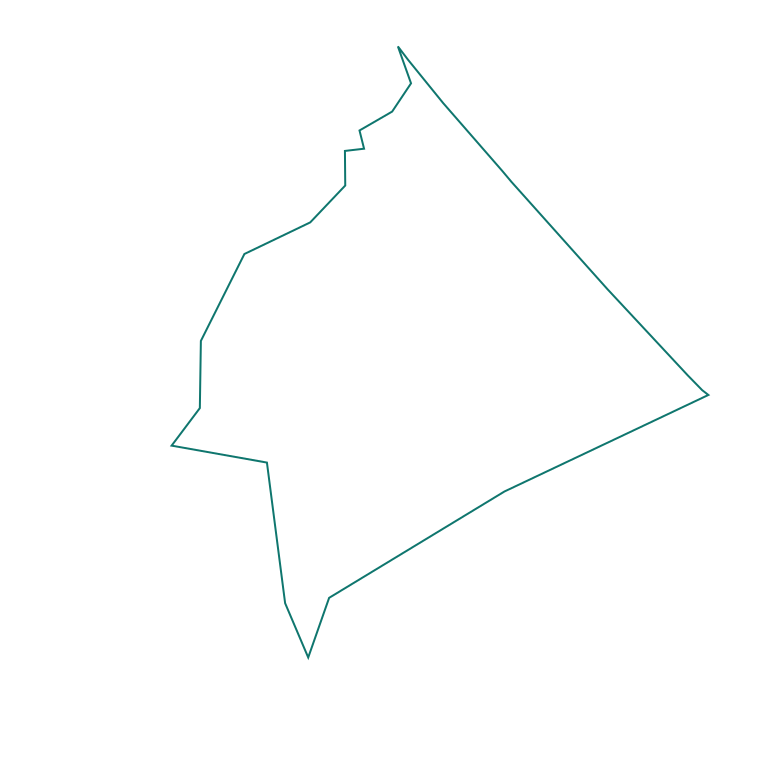 the district of Clinton, Kentucky, United States of America, rotated 226°
{"feature_id": "52423323B366346892097", "entity_name": "Clinton", "entity_type": "district", "adm_level": 2, "iso_a3": "USA", "parent_name": "United States of America", "parent_adm1": "Kentucky", "projection": "albers", "projection_center": [-85.096, 36.751], "detail": "fine", "context": "isolated", "style": "outline", "palette": "teal", "viewbox_px": 768, "rotation_deg": 226, "n_neighbors": 0, "source": "geoboundaries", "source_scale": "gbopen_adm2", "svg_char_len": 478}
<svg xmlns="http://www.w3.org/2000/svg" viewBox="0 0 768 768"><g transform="rotate(226 384 384)"><path d="M487.2,188.4L408.8,245.2L295.0,160.6L239.9,139.5L268.3,196.0L223.0,396.0L150.8,609.7L158.5,608.6L179.3,608.5L296.9,610.6L441.1,616.1L455.2,617.1L545.0,621.7L600.4,626.5L617.2,628.5L581.5,612.3L574.3,579.1L583.4,542.5L567.1,533.1L578.8,517.8L553.7,494.0L551.5,443.2L574.5,373.9L542.2,282.2L494.6,234.8L487.2,188.4Z" fill="none" stroke="#0f766e" stroke-width="2"/></g></svg>